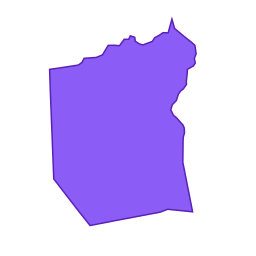 outline of Campo Redondo, Rio Grande do Norte, Brazil, rotated 167°
{"feature_id": "56859067B7245659807247", "entity_name": "Campo Redondo", "entity_type": "district", "adm_level": 2, "iso_a3": "BRA", "parent_name": "Brazil", "parent_adm1": "Rio Grande do Norte", "projection": "natural_earth1", "projection_center": [-36.238, -6.238], "detail": "fine", "context": "isolated", "style": "filled", "palette": "violet", "viewbox_px": 256, "rotation_deg": 167, "n_neighbors": 0, "source": "geoboundaries", "source_scale": "gbopen_adm2", "svg_char_len": 868}
<svg xmlns="http://www.w3.org/2000/svg" viewBox="0 0 256 256"><g transform="rotate(167 128 128)"><path d="M115.5,38.8L107.7,39.9L83.9,31.8L82.3,82.2L77.2,103.2L76.2,106.6L74.0,110.7L73.2,115.3L73.8,118.7L75.5,121.6L78.4,127.0L80.9,130.2L82.2,136.1L79.5,140.8L74.7,143.9L71.4,149.5L68.6,152.1L65.2,153.7L61.2,157.3L60.6,160.6L58.2,167.4L56.9,171.8L50.4,173.7L47.8,176.1L47.7,180.9L44.9,185.0L44.2,193.5L46.8,197.2L52.9,204.8L60.2,214.5L60.7,224.2L67.5,211.7L72.5,213.0L76.5,211.4L81.8,209.9L84.8,206.9L94.9,205.6L98.4,207.7L101.4,210.9L101.0,214.9L105.0,217.3L107.4,214.3L111.8,215.3L117.8,210.1L122.4,211.6L128.7,213.0L136.4,205.0L143.1,203.9L155.1,205.8L157.9,202.4L162.1,200.5L182.4,202.0L191.2,202.8L196.5,175.6L204.5,133.4L211.8,95.1L201.7,73.0L199.0,67.2L194.1,56.6L186.9,41.5L162.6,40.7L115.5,38.8Z" fill="#8b5cf6" stroke="#5b21b6" stroke-width="1.5"/></g></svg>